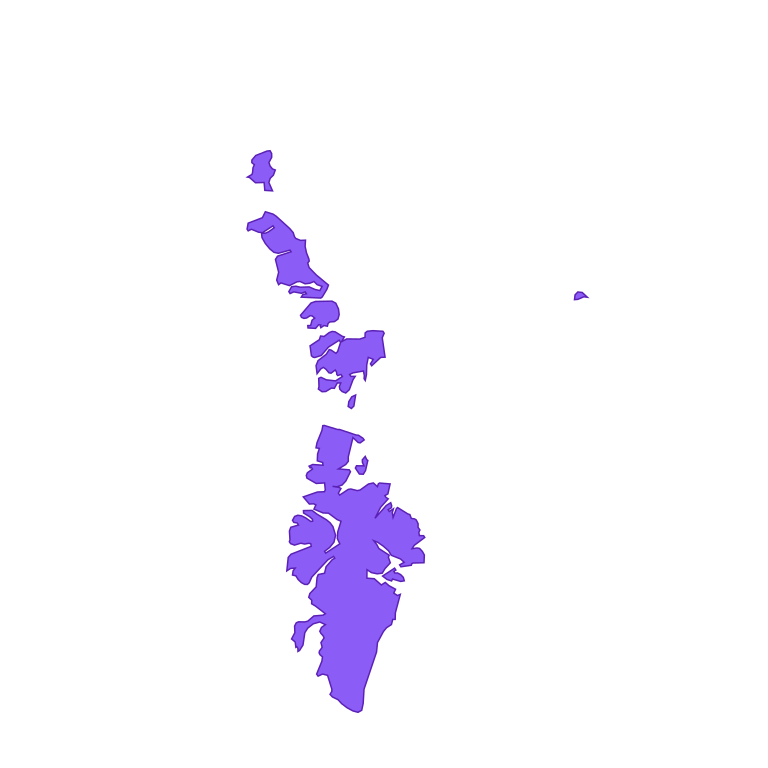 the border of Eilean Siar, rotated 147°
{"feature_id": "GBR-2772", "entity_name": "Eilean Siar", "entity_type": "Island Area", "adm_level": 1, "iso_a3": "GBR", "parent_name": "United Kingdom", "parent_adm1": "", "projection": "orthographic", "projection_center": [-7.062, 57.727], "detail": "fine", "context": "isolated", "style": "filled", "palette": "violet", "viewbox_px": 768, "rotation_deg": 147, "n_neighbors": 0, "source": "natural_earth", "source_scale": "10m", "svg_char_len": 6179}
<svg xmlns="http://www.w3.org/2000/svg" viewBox="0 0 768 768"><g transform="rotate(147 384 384)"><path d="M461.3,378.9L458.0,382.4L456.7,381.8L447.7,371.1L446.0,370.0L435.2,356.4L433.3,354.9L431.2,350.0L431.1,347.9L436.1,347.6L437.6,349.1L439.2,356.0L453.7,342.3L456.0,338.6L460.0,337.3L468.5,337.6L459.9,331.0L459.9,328.7L468.9,323.4L474.2,322.1L479.4,323.4L482.9,326.2L478.1,321.8L477.0,319.8L481.7,317.3L481.7,315.0L471.4,315.1L469.0,314.0L464.4,309.1L461.7,308.1L451.5,308.6L446.8,306.8L445.4,301.5L443.1,303.4L441.6,303.3L433.3,296.9L440.6,289.7L444.1,289.9L444.1,287.8L443.0,285.4L454.1,282.4L464.7,276.3L448.2,280.9L443.0,280.8L443.8,277.8L445.2,276.2L449.0,276.3L449.0,274.2L444.1,274.2L447.1,271.6L449.0,267.2L441.3,272.8L439.9,273.0L434.8,262.1L433.4,260.4L434.3,256.4L431.8,254.2L431.0,252.4L431.5,248.2L433.5,245.3L433.4,242.0L435.6,240.6L436.9,237.6L433.4,235.2L433.4,233.1L446.6,232.2L450.2,230.6L445.6,228.5L443.7,226.7L443.0,222.7L443.3,218.6L447.8,212.3L457.1,218.0L458.5,218.2L459.8,217.1L469.4,221.5L469.4,223.8L464.2,223.5L465.4,228.2L471.2,236.4L471.0,241.5L472.9,248.4L475.5,254.7L477.9,258.1L477.5,253.2L477.9,248.8L472.9,237.6L474.7,236.3L476.1,230.6L483.8,228.6L488.5,226.3L493.1,228.5L497.3,232.7L499.4,237.5L504.1,230.5L498.2,226.0L495.7,216.9L491.0,216.9L489.7,212.2L486.1,205.6L489.7,203.3L487.9,199.3L484.9,198.7L499.1,185.9L502.8,180.5L504.9,181.8L508.8,178.2L514.7,178.2L519.3,176.7L530.3,170.7L536.2,163.3L567.0,138.9L575.4,127.5L580.4,122.5L584.6,122.8L588.1,126.7L591.3,132.6L593.6,139.0L594.5,144.3L597.7,149.6L598.3,153.1L595.1,154.7L593.9,156.6L590.0,170.4L593.5,174.2L598.4,174.9L598.5,177.4L587.0,185.4L584.2,188.7L585.1,191.6L584.9,193.8L583.6,195.2L579.3,196.8L577.7,201.5L572.5,203.7L572.2,206.2L572.7,209.1L572.5,211.6L569.0,213.9L564.2,214.1L567.5,219.4L573.9,221.4L580.9,220.8L585.8,218.6L594.1,209.2L600.0,206.5L601.8,206.6L600.2,209.1L600.2,211.2L601.3,211.2L599.0,216.0L600.4,220.5L594.2,224.0L590.8,229.7L587.6,231.5L585.2,231.1L580.0,227.6L577.0,226.6L569.2,227.7L561.0,223.3L558.3,223.3L562.5,235.3L564.4,239.1L562.4,242.0L563.3,246.1L560.2,248.7L551.4,250.8L545.5,258.2L542.9,260.0L536.9,257.7L532.1,262.3L523.0,264.9L520.2,264.7L520.2,266.9L526.9,267.1L549.7,261.4L555.0,258.0L557.4,257.6L559.7,259.2L561.5,262.5L562.5,266.8L562.4,271.1L564.8,273.6L562.0,276.8L558.8,278.0L562.8,280.2L567.3,280.2L558.8,290.7L554.7,291.9L533.4,287.5L532.4,290.0L533.9,291.4L537.7,293.0L540.5,295.8L546.8,297.6L549.3,301.0L549.3,303.3L547.7,304.6L543.4,312.2L540.2,314.6L532.5,312.3L532.5,314.8L535.0,317.0L535.0,319.5L531.1,321.6L527.8,320.9L525.0,318.4L522.8,314.8L520.2,308.5L518.6,307.8L517.7,309.5L518.7,313.3L521.7,319.6L520.5,321.7L513.2,317.2L511.1,311.4L506.2,301.4L504.8,297.0L504.5,292.2L507.0,283.5L512.1,278.6L518.5,276.5L525.0,276.0L525.0,273.9L508.1,274.0L507.3,279.9L503.3,285.2L494.8,292.3L497.2,295.9L500.9,305.9L505.4,309.1L510.9,317.2L507.0,319.7L508.2,321.8L512.0,324.0L513.2,333.3L498.7,329.7L492.6,326.1L490.9,327.2L487.7,333.4L495.0,337.5L499.9,347.0L499.0,349.6L496.6,351.3L490.3,351.6L490.3,353.8L491.6,353.8L491.6,355.9L487.6,355.3L479.4,349.1L478.2,351.6L481.8,355.9L477.9,361.4L473.3,365.2L475.8,367.5L472.1,371.3L461.3,378.9ZM430.3,409.2L436.9,409.4L440.2,411.3L441.8,415.5L439.9,417.3L435.7,424.3L433.2,423.9L430.1,418.9L422.9,413.0L414.9,412.9L414.9,415.4L418.2,416.3L418.4,417.7L417.3,419.8L417.3,422.3L422.5,421.9L424.1,423.4L424.6,427.9L425.8,431.0L428.7,431.1L434.5,429.1L431.0,436.4L426.6,439.5L416.2,440.4L411.2,442.7L409.9,441.3L407.6,435.9L405.2,436.5L397.7,442.6L397.7,445.1L410.5,445.2L421.0,442.1L427.6,443.9L428.8,445.0L429.5,447.2L425.2,456.3L414.1,456.4L411.1,458.8L408.3,456.5L402.0,457.0L398.8,456.3L396.5,454.3L393.0,446.7L391.6,445.1L396.6,442.6L390.7,442.1L379.9,434.9L374.5,433.5L372.0,437.1L369.4,437.4L364.3,434.8L356.2,428.8L356.2,426.5L360.3,423.7L368.5,405.9L372.3,408.1L384.4,406.0L384.4,408.3L379.6,410.5L382.7,414.9L388.0,409.5L393.7,401.3L397.8,397.2L397.8,399.3L395.9,401.8L394.2,406.1L403.9,410.2L407.6,410.7L407.6,408.4L404.0,406.1L407.8,404.4L416.2,398.1L421.0,397.3L423.2,400.4L423.9,403.5L422.8,406.3L419.7,408.4L422.6,410.3L428.0,407.4L430.3,409.2ZM409.7,518.0L415.4,524.9L418.3,524.7L417.4,529.6L411.5,535.1L407.2,547.6L403.7,549.2L389.9,545.5L389.9,547.5L401.5,551.2L404.6,554.4L406.2,559.5L407.0,566.5L406.6,573.2L404.6,577.1L401.4,575.1L398.0,574.5L391.0,574.8L391.0,577.1L403.5,577.1L406.6,579.7L410.9,586.0L414.5,586.4L414.5,588.5L410.3,592.9L395.4,589.7L389.7,593.1L384.5,586.9L383.0,583.3L378.4,565.8L377.7,560.4L378.8,556.5L378.8,554.3L375.8,549.9L371.5,547.4L375.2,542.4L377.6,536.1L378.9,529.7L379.8,527.8L382.1,527.0L383.4,522.4L381.4,512.3L376.7,497.2L380.2,494.6L388.4,490.6L390.2,490.5L406.1,501.9L403.4,503.2L399.9,501.9L399.9,504.2L403.8,505.0L409.5,510.4L413.5,511.0L413.5,513.3L408.5,515.9L404.6,514.0L401.4,510.7L393.9,506.2L390.4,500.9L386.9,497.3L382.8,499.6L386.0,503.8L386.9,508.1L391.3,508.9L395.6,511.0L398.6,515.7L401.3,517.1L409.7,518.0ZM406.3,465.6L405.9,467.3L404.9,467.9L406.4,469.3L411.1,467.9L417.2,472.4L416.1,474.5L413.7,473.0L409.6,476.7L406.2,477.0L407.2,480.2L408.7,481.5L412.9,481.5L415.4,482.6L416.9,484.8L416.6,487.1L401.1,491.7L396.4,490.5L382.5,481.8L380.4,478.0L381.3,471.7L383.8,466.6L387.3,463.5L391.5,463.3L395.8,465.6L398.0,465.2L400.0,463.3L402.5,465.7L406.3,465.6ZM382.2,622.8L384.3,630.4L385.8,631.9L380.6,631.7L379.0,633.0L376.1,636.7L373.3,638.5L374.3,641.6L372.8,643.8L367.1,645.5L355.3,643.1L352.5,641.7L352.7,638.5L354.7,635.3L359.9,632.4L360.8,628.9L360.4,625.1L358.6,622.7L363.0,619.4L367.4,618.5L370.8,615.7L372.3,606.7L378.5,611.3L374.8,618.3L382.2,622.8ZM475.4,221.5L477.8,221.5L477.8,219.4L475.6,218.2L473.8,215.0L473.1,211.3L474.2,207.9L477.5,209.3L483.1,215.8L484.9,214.7L487.9,218.4L489.8,223.7L475.4,223.8L475.4,221.5ZM445.4,326.3L444.8,330.0L443.5,332.2L439.2,333.5L439.7,330.0L439.2,328.7L446.6,321.5L450.5,319.6L453.7,321.9L453.8,329.1L451.6,330.4L445.4,326.3ZM413.8,390.2L421.3,381.9L424.7,381.2L426.3,384.7L423.1,388.4L418.0,390.8L413.8,390.2ZM166.2,346.0L168.9,348.3L175.3,349.4L178.3,351.0L175.2,354.7L171.3,355.6L167.9,352.8L166.2,346.0Z" fill="#8b5cf6" stroke="#5b21b6" stroke-width="1.5"/></g></svg>